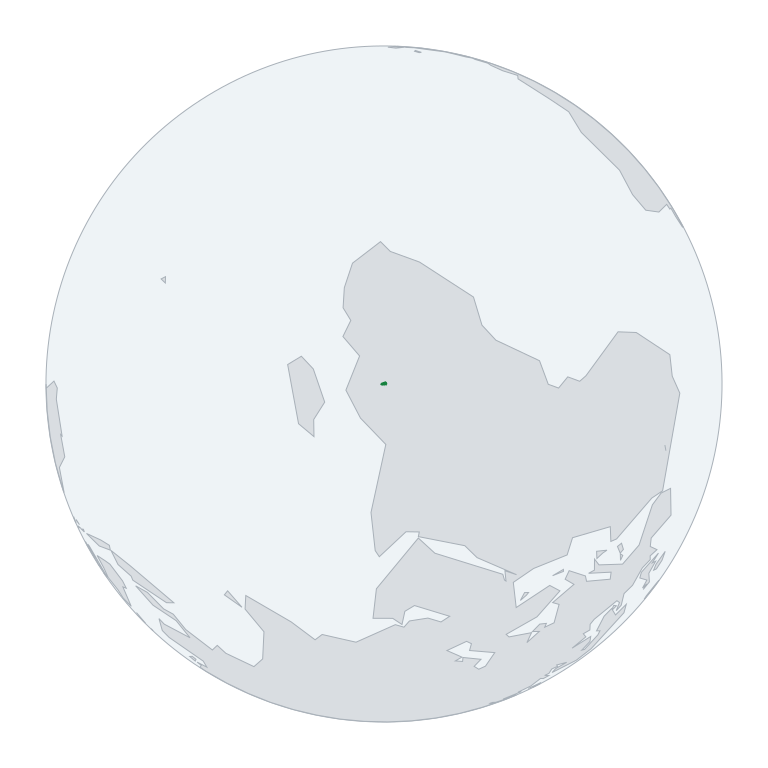 globe centered on Dowa, rotated 147°
{"feature_id": "MWI-1908", "entity_name": "Dowa", "entity_type": "District", "adm_level": 1, "iso_a3": "MWI", "parent_name": "Malawi", "parent_adm1": "", "projection": "orthographic", "projection_center": [33.856, -13.529], "detail": "medium", "context": "on_globe", "style": "filled", "palette": "green", "viewbox_px": 768, "rotation_deg": 147, "n_neighbors": 0, "source": "natural_earth", "source_scale": "10m", "svg_char_len": 6200}
<svg xmlns="http://www.w3.org/2000/svg" viewBox="0 0 768 768"><g transform="rotate(147 384 384)"><circle cx="384" cy="384" r="338" fill="#eef3f6" stroke="#a8b0b8"/><path d="M47.6,352.0L48.2,353.3L48.2,365.6L47.6,375.2L49.0,375.0L49.1,380.7L59.8,378.5L69.8,387.2L72.4,407.4L70.0,435.1L81.5,487.5L80.8,511.7L89.9,532.9L105.4,566.9L103.8,569.9L113.8,582.0L120.7,592.8L122.3,596.6L130.8,606.5L132.3,609.1L137.1,613.6L151.8,629.2L161.8,637.7L175.6,649.6L182.1,654.2L182.9,655.1L186.8,658.1L191.3,661.2L188.6,659.7L169.8,645.4L152.1,629.8L135.5,613.0L120.1,595.0L106.0,576.1L93.2,556.2L81.9,535.4L72.1,513.9L63.7,491.8L57.0,469.2L51.8,446.1L48.3,422.7L46.4,399.2L46.2,375.6L47.6,352.0ZM190.4,661.0L192.5,662.0L183.8,655.5L191.1,659.2L197.3,664.4L190.4,661.0L190.4,661.0ZM176.1,646.7L172.0,641.8L174.0,642.7L177.2,646.4L176.1,646.7ZM452.5,53.1L457.8,54.2L454.4,53.5L454.6,53.5L477.8,59.4L500.5,66.8L522.7,75.8L544.1,86.4L564.8,98.5L584.5,112.0L603.3,126.9L620.9,143.1L637.4,160.4L652.6,178.9L666.4,198.5L678.8,218.9L689.8,240.2L692.5,246.7L690.5,247.5L692.2,252.6L686.8,243.0L686.5,250.0L702.2,288.4L704.2,298.0L700.5,309.8L699.1,302.3L684.9,276.8L687.2,298.7L698.2,324.3L702.2,350.0L695.9,338.0L691.3,315.4L686.1,305.7L684.0,286.0L672.8,254.4L666.2,255.6L663.3,244.3L647.0,217.8L635.5,219.5L619.6,241.6L623.1,270.9L615.1,281.9L591.4,235.0L581.1,207.0L572.3,207.6L548.1,182.7L505.6,176.0L499.7,169.2L491.7,171.4L474.7,163.8L465.8,153.4L455.4,153.4L479.1,181.6L490.3,182.0L499.9,172.5L504.3,182.7L520.8,193.5L501.9,216.4L439.1,236.1L433.5,214.4L388.0,159.7L389.7,154.0L389.5,153.4L389.0,152.3L384.3,161.5L376.7,151.9L400.5,187.7L404.3,204.4L438.3,237.3L435.0,240.7L446.0,248.1L482.0,241.7L482.1,249.1L464.9,283.3L415.4,332.3L422.3,368.2L419.3,399.6L389.2,420.8L392.6,446.2L377.2,455.4L376.8,470.2L364.8,486.4L344.6,502.5L309.4,505.3L306.5,491.7L287.8,466.9L261.6,408.2L269.8,380.0L266.3,359.8L240.9,318.8L246.4,294.3L239.8,285.5L226.0,289.9L218.4,279.7L210.2,280.9L159.3,300.3L144.4,289.8L128.3,252.9L138.0,233.6L140.9,215.2L208.5,142.7L221.5,142.5L273.3,127.4L279.5,128.4L271.9,141.1L309.6,152.4L323.5,140.9L359.0,147.8L383.6,147.2L394.9,124.5L354.7,124.8L349.1,114.7L382.5,105.4L417.9,107.5L416.9,103.8L395.7,95.1L405.0,89.3L388.5,91.9L394.3,95.5L384.1,97.8L378.2,94.8L381.7,92.5L371.4,91.1L357.2,103.8L361.6,108.8L333.8,112.5L338.4,121.6L330.4,126.6L319.6,113.3L321.6,108.2L300.6,97.1L296.0,102.5L315.5,113.8L308.9,113.3L302.8,122.5L302.2,115.2L282.0,103.0L257.8,110.0L224.7,136.5L211.0,141.6L200.5,140.4L214.7,117.7L243.8,109.3L249.2,102.7L245.3,96.4L254.4,94.9L256.4,91.7L267.5,89.1L285.2,79.8L296.8,77.5L305.5,69.3L312.7,67.4L305.5,72.5L306.7,75.4L335.8,72.2L342.0,70.2L345.3,65.6L352.9,66.0L352.4,62.0L370.1,60.0L348.1,59.7L351.5,55.9L363.1,53.1L360.3,52.2L341.3,57.1L337.3,59.4L340.2,61.2L325.8,69.4L315.4,71.7L315.6,64.2L300.8,67.3L307.3,61.5L354.5,49.2L373.2,47.6L400.2,50.5L394.8,51.8L382.4,51.1L392.2,54.3L392.2,52.7L398.5,53.6L403.3,51.5L408.0,52.1L404.6,49.7L410.9,50.2L413.0,51.8L425.4,50.8L439.0,52.5L439.5,52.1L436.3,51.2L455.7,54.9L455.2,54.6L448.7,53.1L443.6,51.7L442.1,51.1L448.9,52.4L450.3,52.7L463.6,56.2L466.5,57.9L469.1,58.5L468.2,57.4L452.0,53.1L449.9,52.6L452.5,53.1ZM183.9,174.5L181.7,179.8L183.9,174.5ZM454.9,123.2L476.4,126.2L467.4,112.5L475.0,112.9L469.2,108.5L466.7,111.6L452.6,100.3L462.2,98.1L459.9,93.2L452.6,92.1L437.4,98.4L457.4,113.9L452.1,118.6L454.9,123.2ZM256.2,80.6L259.3,81.0L254.0,84.7L239.3,90.5L246.8,84.8L256.2,80.6ZM265.0,81.0L269.2,73.5L278.5,70.5L272.6,73.3L278.3,72.1L270.3,76.4L275.1,82.0L270.7,85.9L245.9,92.7L256.4,87.9L252.7,87.4L265.0,81.0ZM266.0,67.4L283.1,61.8L279.3,63.5L264.3,68.5L260.1,69.7L263.5,68.4L265.3,67.6L266.0,67.4ZM287.5,123.2L292.5,123.1L300.5,121.7L296.8,127.9L287.5,123.2ZM273.3,114.9L278.0,113.5L276.7,120.6L271.5,121.1L273.3,114.9ZM281.7,107.3L278.3,112.9L277.1,110.2L281.7,107.3ZM309.9,71.4L315.0,70.3L315.1,71.2L311.8,73.2L309.9,71.4ZM387.5,128.2L379.7,132.5L376.3,130.4L379.6,129.3L387.5,128.2ZM335.6,129.1L347.0,131.4L334.5,130.8L335.6,129.1ZM512.4,587.8L513.7,593.5L508.8,593.0L512.4,587.8ZM477.3,397.2L454.2,452.8L438.2,452.3L435.1,435.1L443.6,401.1L462.3,392.5L471.4,378.0L477.3,397.2ZM716.0,431.9L716.3,436.7L716.0,438.1L716.0,431.9ZM715.9,423.1L716.9,427.3L715.2,425.9L715.9,423.1ZM717.1,429.0L718.1,429.8L718.5,429.0L718.0,431.9L717.1,429.0ZM714.9,420.7L706.5,407.4L702.2,398.3L704.0,393.7L711.0,403.2L714.9,420.7ZM703.6,393.1L695.9,369.9L679.4,315.0L685.5,319.0L701.5,356.3L700.7,360.5L705.4,377.5L703.6,393.1ZM719.1,382.5L718.0,396.4L714.2,387.8L712.0,382.2L710.5,361.3L711.4,353.1L713.5,356.0L717.1,335.2L719.3,346.6L719.2,356.5L720.7,372.1L719.1,382.5ZM624.7,274.1L632.7,294.1L627.8,295.7L624.7,274.1ZM715.3,318.2L716.1,327.1L714.3,313.4L715.3,318.2ZM712.7,305.8L712.0,302.8L712.1,303.1L712.7,305.8ZM695.3,261.3L693.2,260.1L691.6,255.5L693.2,254.4L695.3,261.3ZM424.1,48.5L422.1,48.3L421.6,48.6L428.8,50.0L415.5,48.2L416.3,47.6L418.2,47.8L424.1,48.5ZM667.5,567.9L669.7,564.4L659.2,566.2L660.2,558.6L667.1,549.7L682.3,515.7L682.7,517.7L691.4,496.8L701.7,490.8L711.4,467.2L710.4,471.4L702.6,496.7L692.7,521.4L681.0,545.1L667.5,567.9ZM717.5,438.5L716.5,441.9L718.0,435.1L717.5,438.5ZM721.9,377.7L721.2,377.6L721.4,388.1L721.9,386.8L721.4,391.7L720.8,409.9L720.2,414.6L721.1,395.1L719.7,411.0L719.4,408.6L720.2,393.1L721.1,377.6L721.4,372.4L721.8,375.6L721.9,377.7ZM719.1,340.1L719.0,339.7L719.1,340.1Z" fill="#d9dde1" stroke="#a8b0b8" stroke-width="1"/><path d="M385.5,383.9L385.6,384.3L385.6,384.5L385.9,384.9L386.0,385.0L386.3,384.9L386.5,384.9L386.5,385.0L386.6,385.3L386.4,385.4L386.3,385.5L386.1,385.6L385.8,385.6L385.7,385.6L385.4,385.7L385.1,385.7L384.9,385.6L384.7,385.4L384.3,385.3L384.2,385.3L383.9,385.4L383.7,385.4L383.5,385.2L383.4,384.9L382.4,385.0L382.1,385.0L381.8,384.9L381.7,384.7L381.6,384.2L381.7,383.9L381.5,383.7L381.7,383.4L381.8,383.2L381.7,382.9L381.8,382.8L382.0,382.9L382.3,382.7L382.5,382.6L382.6,382.4L382.7,382.5L382.8,382.5L383.1,382.8L383.2,383.0L383.3,383.3L383.4,383.7L383.4,383.8L383.5,383.9L383.8,383.9L384.1,383.8L384.2,383.7L384.2,383.8L384.3,383.8L384.5,383.8L384.8,383.8L385.1,384.0L385.3,384.0L385.4,383.9L385.5,383.9Z" fill="#22c55e" stroke="#15803d" stroke-width="1.5"/></g></svg>